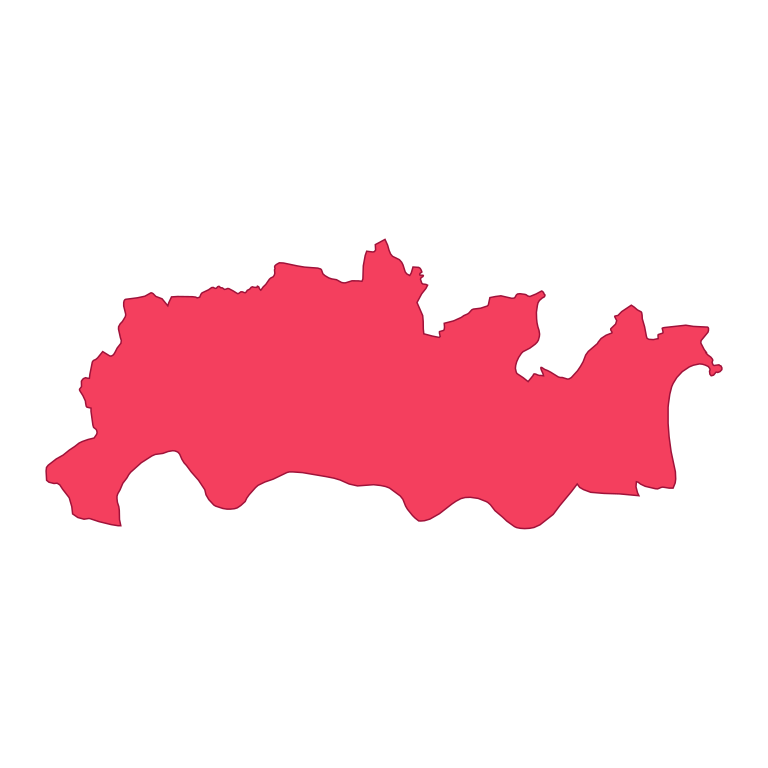 Son Tinh, Quảng Ngãi, Vietnam
{"feature_id": "81297802B15613357308975", "entity_name": "Son Tinh", "entity_type": "district", "adm_level": 2, "iso_a3": "VNM", "parent_name": "Vietnam", "parent_adm1": "Quảng Ngãi", "projection": "orthographic", "projection_center": [108.755, 15.196], "detail": "fine", "context": "isolated", "style": "filled", "palette": "rose", "viewbox_px": 768, "rotation_deg": 0, "n_neighbors": 0, "source": "geoboundaries", "source_scale": "gbopen_adm2", "svg_char_len": 6078}
<svg xmlns="http://www.w3.org/2000/svg" viewBox="0 0 768 768"><path d="M162.1,298.8L155.8,296.4L153.2,293.7L151.8,292.9L150.8,292.9L144.9,296.2L137.4,297.8L125.7,299.3L125.0,299.6L124.2,300.6L123.7,302.5L123.7,306.0L125.6,313.8L125.7,315.1L125.2,316.9L122.4,321.5L120.2,323.8L118.6,326.7L118.5,329.1L120.4,337.7L121.3,340.5L120.9,343.3L117.2,348.0L114.9,352.5L113.7,354.4L112.6,355.4L111.1,356.1L109.7,355.9L102.7,351.6L97.6,357.9L95.7,359.5L93.6,360.4L92.9,361.1L92.3,362.1L89.9,374.2L89.4,378.3L87.9,378.3L85.6,377.7L83.4,378.6L82.4,379.7L81.4,381.2L81.5,386.6L79.6,389.1L79.5,389.9L80.1,391.2L82.9,395.6L85.4,401.0L85.6,403.0L86.2,406.2L87.0,407.2L91.0,408.1L91.0,411.4L92.9,425.1L93.6,427.4L96.1,429.4L96.6,430.3L97.1,432.3L96.7,434.2L94.1,438.0L88.0,439.5L82.3,441.5L79.0,443.1L74.7,446.5L69.4,450.0L63.1,455.1L56.3,458.9L48.2,465.2L46.5,467.4L46.1,471.0L46.6,480.3L48.9,482.2L54.0,483.5L57.1,483.2L59.8,484.9L62.7,489.3L69.2,497.7L71.8,506.7L72.6,513.9L77.8,517.5L84.0,519.2L88.7,518.5L89.9,518.6L98.9,521.6L111.2,524.6L118.0,525.7L120.8,525.7L119.5,519.6L119.3,510.3L118.8,506.6L117.4,502.3L117.0,498.7L117.0,496.2L117.8,493.7L120.0,489.9L122.8,483.3L126.8,478.1L128.8,474.6L130.7,472.2L141.3,462.7L151.9,455.9L155.3,454.4L162.9,453.4L168.1,451.5L172.7,450.7L174.9,450.9L177.0,451.7L178.2,452.4L179.7,454.2L181.8,459.1L184.1,462.9L186.5,465.5L191.3,472.0L198.5,480.2L204.8,489.7L206.0,494.8L208.8,499.6L213.8,505.0L215.6,506.1L223.0,508.5L226.9,509.1L230.6,509.1L234.5,508.7L237.2,507.9L240.8,505.5L245.2,501.5L246.7,498.2L249.2,494.7L255.5,487.6L258.1,485.3L264.9,482.0L273.3,479.1L287.0,472.5L289.4,471.9L292.6,471.9L302.5,472.6L326.0,476.6L334.1,478.2L340.1,480.0L349.1,484.0L357.5,485.9L373.6,484.7L380.7,485.5L385.5,486.5L389.5,488.0L400.3,496.0L402.9,499.3L405.6,506.1L407.5,509.3L412.5,515.5L415.0,518.0L418.7,520.9L420.7,521.0L424.5,520.7L429.9,519.1L439.4,513.7L451.9,504.0L456.0,501.2L460.9,498.6L465.1,497.5L470.3,497.3L478.2,498.4L486.1,501.5L487.9,502.5L490.4,504.7L495.0,510.7L502.6,517.1L506.8,521.1L514.5,526.6L516.7,527.6L520.3,528.3L524.6,528.6L529.6,528.3L534.0,527.5L540.0,524.8L553.2,514.4L559.8,505.6L571.5,491.5L577.2,484.0L579.7,487.4L583.5,489.6L590.7,492.3L603.8,493.4L619.6,493.9L638.9,495.7L637.5,492.7L636.0,486.8L636.4,481.7L638.1,482.2L640.6,484.1L645.2,486.3L655.3,488.7L657.6,488.9L661.2,487.4L662.8,487.1L669.1,488.1L673.1,488.1L675.2,482.9L675.7,479.0L675.4,471.8L671.1,451.6L669.1,436.8L668.1,423.3L668.1,407.3L668.5,403.5L669.8,394.2L671.7,386.7L673.1,383.5L676.8,377.5L682.3,371.6L689.3,366.9L693.4,365.2L699.5,363.9L702.4,364.2L705.3,365.1L708.3,366.5L709.7,368.4L710.1,369.8L709.5,371.2L709.9,374.2L711.1,375.7L711.7,375.7L713.6,375.1L716.0,372.2L716.9,372.2L717.7,372.5L720.0,371.6L721.8,369.7L721.9,368.9L721.9,367.8L720.9,365.9L719.4,365.4L719.0,364.8L714.1,365.5L713.4,365.2L712.7,364.2L712.1,362.2L712.8,360.2L712.4,359.1L710.9,357.2L707.8,354.9L705.9,352.8L706.4,352.5L704.2,349.6L700.8,343.0L701.1,340.6L708.0,332.2L708.5,330.3L708.5,328.4L708.1,327.5L707.5,327.1L693.4,326.4L685.8,325.2L664.8,327.5L663.0,327.8L662.2,328.3L663.1,332.1L662.7,333.1L658.4,334.5L658.0,335.0L658.2,338.6L653.4,339.6L648.7,339.3L647.0,338.2L646.4,336.3L644.6,326.8L642.3,318.8L642.1,315.1L641.7,312.7L641.1,311.8L637.4,309.9L634.2,307.1L631.3,305.2L621.7,311.6L618.0,315.4L614.9,316.1L614.7,316.7L616.7,320.6L615.6,324.1L610.8,328.7L610.7,329.9L612.0,332.2L611.8,333.0L606.1,335.2L601.1,338.5L598.0,342.4L597.6,343.4L588.3,351.4L585.7,355.0L583.1,361.8L580.6,366.2L577.5,370.8L571.3,377.6L569.0,378.9L567.6,379.1L562.3,377.5L560.4,377.5L558.4,377.0L550.7,372.2L547.7,370.6L544.7,369.4L541.8,367.5L541.1,367.4L540.8,367.9L541.2,369.7L543.0,373.7L543.5,375.8L540.7,375.4L539.7,375.5L537.7,375.0L535.8,374.1L534.4,373.9L533.6,374.2L533.1,375.5L528.1,381.6L523.2,377.7L516.9,373.5L516.2,372.0L515.4,368.4L515.7,365.4L516.7,361.7L518.6,357.5L521.4,353.3L523.0,351.7L529.9,348.1L535.3,344.1L537.2,342.1L538.4,340.1L539.4,336.3L539.6,334.1L539.0,330.3L537.9,326.9L537.0,322.7L536.6,318.9L536.4,312.3L537.4,305.4L538.0,302.9L539.4,300.5L542.5,297.8L543.9,297.2L544.6,296.4L544.9,295.6L545.0,295.0L544.2,294.1L543.4,292.3L542.0,291.1L541.6,291.0L536.0,294.0L529.9,296.5L527.6,295.9L526.4,294.9L525.1,294.4L519.9,293.7L517.5,294.0L516.4,294.9L514.8,297.7L513.9,298.1L511.8,298.3L500.9,295.8L495.5,296.5L489.9,297.6L488.4,304.6L488.0,305.4L487.3,306.0L480.6,308.2L473.3,309.1L471.8,309.8L468.8,313.1L467.5,314.0L463.8,315.6L461.3,317.4L453.5,320.9L444.2,323.3L444.5,327.1L444.2,329.5L443.6,330.4L439.5,331.6L439.4,332.9L440.2,336.5L439.1,337.4L432.5,336.1L423.8,333.8L423.3,328.9L423.2,321.5L422.7,315.6L417.0,302.5L421.7,293.8L425.9,288.5L427.6,285.2L426.0,284.4L422.9,284.0L421.8,283.2L420.5,279.4L420.7,278.4L421.4,277.5L423.0,276.5L423.3,275.5L422.9,275.2L420.1,275.2L419.7,274.8L419.9,273.5L421.9,272.0L421.2,270.1L420.2,268.4L418.7,267.4L413.0,267.0L411.2,273.1L409.7,275.5L406.8,273.9L405.2,271.9L403.0,264.9L401.7,262.3L399.4,259.7L392.5,256.3L390.6,254.0L389.1,250.4L387.6,245.1L385.0,239.4L375.3,244.6L375.6,250.0L374.4,251.6L372.9,252.0L366.7,251.2L365.2,255.5L363.3,265.8L362.9,279.0L361.9,281.3L358.6,280.9L352.0,280.8L345.6,282.8L343.9,282.9L341.6,282.5L336.5,279.7L331.7,278.9L328.8,277.9L324.9,275.6L322.9,273.8L321.5,269.9L320.7,269.0L317.8,268.1L304.5,267.1L297.3,265.9L283.5,263.0L279.3,262.8L276.3,264.5L275.0,265.7L274.6,266.9L275.0,268.6L274.5,269.8L274.8,273.3L274.2,275.4L273.0,276.9L270.9,277.9L269.4,279.2L265.8,284.4L263.2,286.9L261.1,289.9L260.7,290.2L259.6,288.9L258.6,286.7L257.4,286.2L256.9,287.4L254.1,287.3L252.4,286.8L251.2,287.3L249.6,289.2L247.3,290.3L246.1,292.1L245.3,292.7L244.2,292.6L242.6,291.9L240.9,291.8L238.6,293.5L237.5,293.6L233.0,290.8L228.8,288.6L227.5,288.5L225.9,289.2L224.4,289.4L222.4,287.9L220.7,287.7L219.0,286.3L218.6,286.4L217.7,286.7L216.4,288.2L215.9,288.3L215.1,288.4L213.2,287.4L211.6,287.6L208.7,289.7L202.0,292.9L200.9,294.3L199.7,297.2L197.2,297.9L195.7,297.1L192.3,296.7L177.6,296.5L171.5,296.9L168.7,302.9L167.8,305.8L162.1,298.8Z" fill="#f43f5e" stroke="#9f1239" stroke-width="1.5"/></svg>